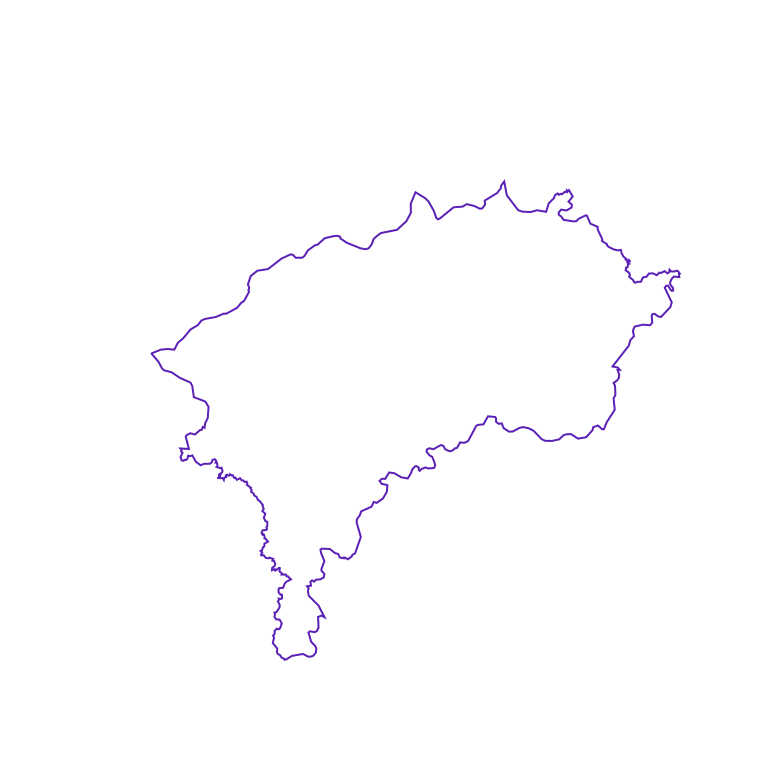 Sanggau, Kalimantan Barat, Indonesia (Albers equal-area conic projection), rotated 220°
{"feature_id": "22746128B74989070523542", "entity_name": "Sanggau", "entity_type": "district", "adm_level": 2, "iso_a3": "IDN", "parent_name": "Indonesia", "parent_adm1": "Kalimantan Barat", "projection": "albers", "projection_center": [110.5, 0.351], "detail": "fine", "context": "isolated", "style": "outline", "palette": "violet", "viewbox_px": 768, "rotation_deg": 220, "n_neighbors": 0, "source": "geoboundaries", "source_scale": "gbopen_adm2", "svg_char_len": 6166}
<svg xmlns="http://www.w3.org/2000/svg" viewBox="0 0 768 768"><g transform="rotate(220 384 384)"><path d="M279.7,167.1L291.8,172.2L305.5,173.4L309.4,176.7L310.4,179.0L312.9,179.6L310.3,182.6L313.3,185.3L312.8,187.4L310.5,187.6L310.3,190.4L307.3,193.3L305.8,197.1L307.6,200.2L311.8,200.7L313.0,202.1L315.8,210.0L323.6,214.1L326.3,216.4L325.9,217.8L319.4,222.8L312.9,223.0L309.8,224.4L306.5,222.7L304.1,223.7L303.7,224.8L302.5,224.8L302.4,225.9L299.0,226.5L297.9,231.0L298.4,233.0L297.3,235.6L303.4,251.9L316.0,260.4L317.8,262.9L318.1,267.7L319.6,271.8L314.7,282.0L316.0,287.1L313.2,288.2L311.2,295.5L312.5,303.2L316.4,308.7L321.7,306.0L325.2,307.0L324.6,310.2L322.1,312.0L323.2,319.5L318.7,322.3L310.6,323.7L305.1,326.9L306.1,333.6L307.4,336.4L307.3,340.9L306.3,342.0L303.7,342.3L302.0,340.5L300.8,340.5L300.7,342.9L298.7,346.6L295.6,347.9L291.7,351.8L292.5,354.7L296.6,357.3L300.4,359.2L303.2,358.6L307.9,359.5L309.0,361.5L308.0,363.9L304.2,365.8L301.2,373.8L298.7,374.8L295.5,373.4L292.7,373.9L290.0,375.0L288.7,377.3L288.3,380.2L287.0,382.1L288.2,388.2L284.7,390.5L282.9,394.5L286.4,411.0L285.9,412.9L281.9,417.0L283.6,426.1L277.6,430.2L276.1,429.7L273.7,427.0L270.4,427.3L268.5,429.5L263.9,427.1L257.5,427.9L254.8,430.4L251.9,437.6L249.7,440.5L244.5,443.2L239.2,444.3L227.7,443.1L224.0,444.1L218.7,448.4L214.2,454.2L213.6,460.1L211.8,462.9L208.5,465.8L200.2,466.9L194.9,473.2L194.6,482.7L196.0,485.3L193.5,489.7L187.6,489.6L186.5,490.7L188.8,497.8L190.7,512.6L199.0,520.7L199.5,523.9L201.0,525.9L206.0,531.2L208.8,532.4L207.7,536.6L208.0,539.6L209.8,542.3L214.1,544.9L212.4,546.4L215.3,546.9L220.2,544.3L221.1,570.7L223.5,575.9L223.2,581.3L227.6,584.8L228.9,589.0L223.9,595.8L217.9,600.1L217.9,603.4L222.6,608.1L223.3,610.1L221.8,611.7L217.3,612.0L214.9,613.5L214.1,626.9L216.0,631.5L230.8,638.2L231.0,640.7L229.7,641.9L224.7,640.3L223.3,640.4L222.5,641.6L224.4,643.3L228.9,644.3L230.3,646.1L231.2,649.3L231.0,652.6L226.6,655.7L228.9,658.0L228.4,658.7L231.1,659.4L232.6,659.0L233.8,656.9L236.4,654.8L238.7,655.1L237.4,653.0L237.9,651.0L241.6,650.8L243.3,646.9L244.7,646.3L244.9,642.7L249.2,641.6L252.1,638.8L251.8,635.0L254.1,632.1L252.9,627.4L255.6,625.1L256.6,623.1L258.2,622.8L259.5,623.7L265.1,623.7L265.7,625.6L267.8,626.8L272.0,626.4L273.4,628.9L272.4,629.8L273.8,632.2L273.4,633.6L275.0,633.5L274.5,636.0L275.2,636.4L276.0,636.4L276.4,634.8L276.7,635.3L276.9,634.6L278.9,634.7L278.9,635.5L282.3,635.5L285.8,636.8L288.8,639.0L290.7,636.7L294.2,634.9L299.7,633.5L302.0,633.5L303.0,634.4L309.1,633.7L309.8,635.2L319.6,639.7L321.4,641.7L329.0,639.5L336.8,643.4L337.9,642.8L341.0,635.9L341.4,632.3L343.2,630.5L351.9,625.2L356.0,626.2L358.9,626.0L360.4,627.8L360.4,631.5L355.8,634.2L353.7,639.8L355.5,642.2L359.9,642.3L359.9,648.9L366.9,651.4L367.0,649.1L368.5,649.8L368.1,648.0L369.2,646.9L369.7,643.7L371.1,643.1L371.6,641.4L373.5,641.5L374.4,638.6L373.3,635.7L373.9,628.2L370.5,620.1L378.4,615.5L382.1,610.1L388.6,605.1L392.9,603.4L411.2,607.5L422.1,616.4L421.8,611.5L420.3,608.9L420.1,603.0L424.7,589.3L421.9,586.4L421.6,581.7L423.2,579.9L429.3,578.4L436.3,574.9L437.7,570.6L444.3,564.0L447.6,546.6L448.7,544.7L451.0,545.0L457.0,548.6L467.4,552.5L472.2,552.8L483.1,551.1L479.4,539.3L473.5,532.5L471.5,523.2L473.1,510.5L483.3,497.8L484.4,493.6L485.2,488.6L483.2,483.1L483.0,478.0L484.7,475.5L489.3,472.8L503.2,468.3L510.9,467.5L512.3,468.6L515.0,467.5L517.4,465.2L523.1,457.6L524.4,448.2L526.1,445.8L528.2,437.4L527.2,431.0L527.9,428.1L532.7,424.0L536.7,424.4L538.8,423.4L543.1,414.3L546.7,397.5L553.8,389.4L555.5,381.0L552.3,372.9L549.0,371.0L548.3,368.9L546.6,367.8L544.6,357.8L545.6,354.2L545.5,348.0L550.0,336.5L552.0,334.9L555.8,327.4L562.9,318.8L564.7,315.2L564.4,309.5L567.3,301.5L567.2,290.0L568.4,283.1L566.7,275.5L572.2,271.8L577.1,266.8L581.5,258.5L581.4,257.8L570.8,256.0L563.9,253.2L561.4,253.1L554.3,256.4L544.3,257.5L533.2,260.7L529.7,259.3L521.2,251.7L509.6,255.7L503.7,253.7L497.1,244.6L495.8,239.1L493.3,235.1L495.2,234.7L494.2,231.6L495.3,230.5L496.3,223.8L500.8,221.7L502.3,218.0L502.1,216.3L491.7,208.8L498.6,203.7L496.6,203.2L496.0,201.9L494.1,201.8L493.0,197.4L490.0,195.4L488.2,196.3L487.9,197.9L486.9,198.3L486.5,200.1L487.9,203.2L486.2,204.0L484.9,206.1L478.1,203.5L472.2,203.9L470.7,207.0L466.1,211.0L465.6,213.4L466.6,215.7L465.1,217.7L463.1,217.3L462.5,215.5L461.5,216.3L460.7,215.9L458.7,213.8L458.8,212.9L455.0,214.5L454.7,215.4L451.9,213.7L451.2,212.3L452.2,208.7L451.5,207.9L450.6,208.8L450.0,207.1L451.2,204.8L446.9,208.3L445.1,207.6L446.2,209.5L445.0,211.2L446.4,212.3L445.9,213.7L444.4,213.8L443.3,215.2L443.8,215.9L442.1,215.9L441.3,216.9L438.4,215.8L437.7,216.7L435.1,216.0L433.7,219.3L431.2,218.7L430.0,219.6L427.7,219.4L426.5,220.9L424.8,220.1L424.3,218.6L419.4,219.0L419.3,218.3L417.2,217.6L416.7,216.1L413.5,216.3L411.8,215.2L409.0,215.6L406.0,214.1L404.2,214.5L399.0,213.4L398.8,212.5L395.8,211.0L395.5,208.5L391.5,208.3L390.1,204.3L386.8,202.8L384.8,203.4L382.1,200.2L382.0,198.6L380.4,197.7L380.3,196.6L382.9,193.9L382.4,191.7L381.2,190.7L380.6,191.3L379.7,190.6L379.3,191.4L377.7,190.7L376.3,188.9L375.5,189.4L371.5,188.7L373.0,184.8L371.3,182.5L371.8,181.1L370.5,178.1L371.2,176.8L368.9,176.6L368.6,174.2L367.7,173.9L366.2,175.5L362.8,174.8L360.3,176.3L360.2,177.3L356.4,178.8L355.9,176.9L354.5,177.8L351.4,176.0L350.8,174.1L351.5,171.4L350.1,169.3L348.7,171.9L347.3,171.2L346.3,175.6L345.5,176.0L343.6,173.2L340.3,173.3L339.9,172.2L336.8,174.9L335.0,174.0L334.1,174.9L329.7,174.5L331.7,169.8L331.8,167.5L330.3,162.9L333.0,160.4L332.9,159.0L330.6,156.5L327.5,156.1L326.8,157.0L324.5,154.7L324.5,153.4L326.7,151.9L325.8,151.4L325.5,149.3L321.7,147.6L320.3,145.4L319.8,140.0L321.0,138.5L319.3,137.3L318.3,135.2L315.3,134.4L312.6,136.4L308.4,134.9L306.7,130.3L306.9,128.5L308.8,127.7L309.1,124.5L307.1,122.2L307.3,120.0L305.1,118.9L302.7,114.1L295.7,112.7L293.7,109.8L291.7,108.9L289.6,109.5L286.6,108.6L283.7,109.3L283.0,108.8L281.8,110.3L279.8,116.5L273.3,124.2L272.2,125.2L266.8,126.4L264.4,128.6L263.4,130.8L263.6,134.6L265.8,137.8L268.2,139.1L274.1,139.7L282.2,145.1L281.7,147.0L277.5,149.4L276.6,151.8L277.6,155.4L284.8,163.2L282.9,166.5L279.7,167.1Z" fill="none" stroke="#5b21b6" stroke-width="2"/></g></svg>